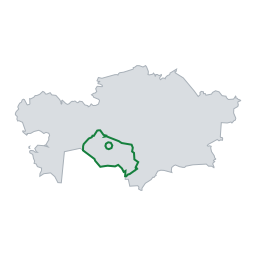 where Qyzylorda sits in Kazakhstan
{"feature_id": "KAZ-3197", "entity_name": "Qyzylorda", "entity_type": "Region", "adm_level": 1, "iso_a3": "KAZ", "parent_name": "Kazakhstan", "parent_adm1": "", "projection": "albers", "projection_center": [63.953, 45.065], "detail": "coarse", "context": "in_parent", "style": "outline", "palette": "green", "viewbox_px": 256, "rotation_deg": 0, "n_neighbors": 0, "source": "natural_earth", "source_scale": "10m", "svg_char_len": 4129}
<svg xmlns="http://www.w3.org/2000/svg" viewBox="0 0 256 256"><path d="M156.1,175.5L154.7,176.3L154.0,177.5L152.9,177.2L151.1,179.6L145.3,183.3L142.0,188.2L142.0,190.3L141.0,190.4L138.6,189.0L138.9,187.1L137.7,185.7L129.8,186.2L128.3,179.3L125.2,179.3L125.5,170.9L123.7,171.9L121.7,168.3L118.0,164.9L115.2,166.3L107.6,165.7L100.1,166.7L95.2,160.8L94.3,158.9L80.2,148.3L64.4,151.7L61.3,182.8L57.9,182.6L54.8,176.6L50.6,172.9L43.8,173.7L39.8,176.3L40.0,173.5L41.4,170.9L41.6,168.1L37.4,166.6L36.1,163.9L34.1,163.4L34.6,160.9L33.5,158.4L32.7,154.4L29.9,152.8L29.6,151.6L30.0,150.7L30.8,150.4L33.5,150.8L35.2,152.2L37.4,152.3L36.1,151.3L34.8,148.5L37.7,145.2L43.8,145.7L48.2,147.0L46.0,144.6L48.8,139.7L48.7,137.2L49.6,135.7L49.2,134.0L48.4,133.1L46.0,132.4L43.8,133.5L41.1,131.4L38.7,130.3L34.0,131.5L30.6,133.4L27.3,133.5L27.3,134.4L26.9,134.1L26.3,134.4L26.4,134.9L23.2,132.3L22.7,131.5L22.9,130.8L25.0,131.4L25.5,130.9L22.5,122.3L18.9,120.7L17.7,121.0L16.9,119.1L17.3,116.7L15.4,114.7L15.4,113.3L16.3,111.5L18.7,109.0L17.8,107.0L18.2,105.9L19.7,103.2L21.4,102.2L22.2,100.0L23.4,99.2L24.4,99.6L27.0,104.6L27.4,104.9L29.4,104.4L29.9,103.8L29.7,98.6L30.7,98.9L33.8,97.3L35.1,95.6L36.9,95.5L39.7,94.3L42.8,91.4L44.6,92.4L45.4,93.9L46.8,94.1L50.2,92.7L51.8,94.9L55.9,95.4L59.7,99.6L60.9,102.0L61.0,103.7L61.4,104.1L62.0,103.2L61.7,100.7L62.3,100.2L65.8,103.5L67.5,104.4L69.6,103.5L70.2,102.5L72.2,101.2L72.8,101.6L75.0,101.0L77.2,102.7L78.3,102.5L79.4,101.2L82.2,101.6L84.8,104.9L87.9,105.7L88.2,106.8L89.8,106.1L91.2,103.9L93.1,105.5L95.9,105.4L98.4,104.1L99.5,101.0L99.4,100.2L98.4,99.2L93.7,97.3L93.3,96.2L91.5,94.8L93.7,93.3L95.0,93.1L96.7,91.6L95.7,88.7L97.2,86.3L102.0,86.7L102.5,86.2L102.2,85.3L100.4,84.2L98.1,83.7L97.9,83.3L98.3,82.3L99.8,81.7L99.6,81.3L98.4,81.5L97.0,80.8L98.4,77.5L101.9,78.3L114.8,74.7L117.1,74.6L117.9,75.1L118.6,73.6L119.8,72.7L123.5,72.2L133.0,69.2L133.4,68.6L133.2,67.7L134.8,67.2L136.9,65.6L139.4,65.7L143.0,67.0L145.6,65.6L146.6,67.0L148.3,71.3L148.3,73.3L147.9,74.2L148.1,74.6L149.4,74.9L152.7,74.2L153.5,73.1L154.7,74.7L155.2,76.2L155.8,75.6L155.6,74.9L155.9,74.5L157.4,74.5L159.1,75.6L161.4,74.6L161.4,75.6L159.7,77.6L159.7,78.6L160.5,79.7L162.6,78.0L164.4,78.2L165.2,78.8L165.6,77.4L167.3,75.7L169.2,74.9L169.9,74.1L170.0,73.1L176.6,69.1L176.0,71.7L174.9,71.8L175.3,72.9L183.3,77.9L194.3,91.1L198.2,96.5L200.2,94.6L199.9,92.7L201.2,91.4L203.4,91.8L203.6,93.7L205.2,93.5L206.0,95.2L211.5,94.1L212.6,92.4L215.5,90.8L219.0,91.8L222.1,95.7L226.0,96.2L226.4,97.6L228.3,99.5L233.6,99.1L235.6,96.1L236.0,96.7L235.8,97.9L237.0,98.2L238.4,99.6L239.9,99.8L240.6,100.7L238.0,101.8L237.8,102.8L238.3,104.8L237.8,106.5L233.8,108.8L233.6,113.0L235.8,118.2L235.3,120.1L234.0,120.7L231.9,123.0L230.9,122.0L227.3,123.0L221.3,122.6L220.3,136.7L220.5,137.3L222.4,137.7L222.7,138.8L222.4,140.3L220.8,139.9L219.0,140.8L217.2,139.5L208.2,144.4L207.3,145.7L208.2,146.2L209.7,145.8L211.2,146.3L210.7,147.8L211.5,151.6L214.2,155.7L214.7,157.8L215.7,158.9L215.6,159.4L214.8,159.4L213.5,160.4L213.6,160.9L214.7,161.6L212.9,163.2L212.8,164.1L214.1,167.2L213.9,167.7L211.7,166.2L208.6,166.2L206.3,164.1L192.9,164.8L185.8,166.2L184.7,167.4L183.1,167.4L179.5,166.7L175.5,165.0L173.9,165.6L171.7,167.5L171.3,171.0L171.9,172.5L164.0,170.4L160.8,170.2L157.7,171.2L155.7,174.8L156.1,175.5ZM29.8,148.3L29.2,148.4L28.8,147.4L29.1,146.5L29.7,146.3L29.0,147.3L29.8,148.3ZM45.3,145.9L44.8,145.7L44.6,145.3L45.3,145.0L45.3,145.9Z" fill="#d9dde1" stroke="#a8b0b8" stroke-width="1"/><path d="M100.3,166.8L95.2,160.8L94.5,159.0L83.0,150.4L83.1,146.2L83.7,144.1L88.8,138.5L91.7,137.3L92.5,135.7L93.8,135.9L97.2,130.6L98.6,130.3L100.2,130.3L103.5,134.9L105.8,135.5L104.7,136.6L106.4,136.3L111.2,138.2L118.9,141.2L121.6,143.0L131.6,144.7L132.8,147.7L132.1,151.5L134.0,152.9L134.4,159.4L138.2,162.1L135.6,167.4L135.8,168.2L136.1,167.4L137.1,168.8L129.6,174.1L128.1,174.4L126.2,176.3L125.1,176.2L125.5,170.9L123.7,171.9L121.9,168.4L118.2,164.9L115.1,166.4L107.6,165.7L100.3,166.8ZM108.8,149.2L111.5,148.0L112.3,145.4L110.8,142.8L108.2,142.3L106.0,143.7L105.4,146.0L106.6,148.4L108.8,149.2Z" fill="none" stroke="#15803d" stroke-width="2"/></svg>